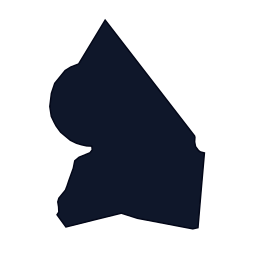 Borkou, Borkou, Chad, rotated 96°
{"feature_id": "50815135B4564368173337", "entity_name": "Borkou", "entity_type": "district", "adm_level": 2, "iso_a3": "TCD", "parent_name": "Chad", "parent_adm1": "Borkou", "projection": "mercator", "projection_center": [19.353, 16.669], "detail": "fine", "context": "isolated", "style": "filled", "palette": "ink", "viewbox_px": 256, "rotation_deg": 96, "n_neighbors": 0, "source": "geoboundaries", "source_scale": "gbopen_adm2", "svg_char_len": 812}
<svg xmlns="http://www.w3.org/2000/svg" viewBox="0 0 256 256"><g transform="rotate(96 128 128)"><path d="M186.0,181.2L193.2,182.8L193.3,182.9L196.3,183.7L205.0,189.4L208.8,190.1L213.6,188.8L218.8,188.0L220.9,189.1L221.7,189.5L226.6,185.1L232.9,179.4L223.0,152.3L213.4,125.7L216.8,109.2L221.5,53.0L219.8,48.0L179.6,48.8L144.8,49.4L144.2,53.6L143.0,55.6L139.4,58.9L134.8,60.3L130.3,60.5L128.9,61.0L69.2,118.0L23.2,161.9L23.1,162.0L30.8,165.6L69.5,183.8L73.3,191.2L77.4,196.5L91.2,205.5L101.5,207.8L114.8,208.0L124.4,205.5L130.1,202.0L133.6,199.6L137.7,195.9L139.3,194.4L145.5,185.1L146.2,184.1L148.5,177.8L149.5,172.6L149.9,169.2L150.1,167.2L150.0,165.5L149.8,162.1L151.4,161.7L153.5,161.3L156.6,163.2L162.2,173.6L166.2,177.5L173.8,178.2L186.0,181.2Z" fill="#0f172a" stroke="#020617" stroke-width="1.5"/></g></svg>